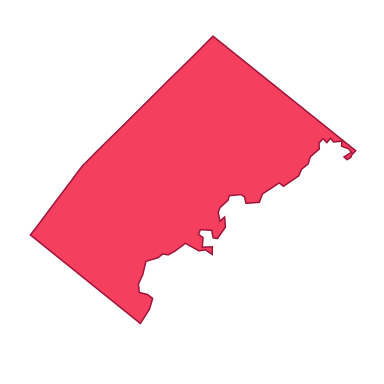 outline of Choctaw, Alabama, United States of America, rotated 39°
{"feature_id": "52423323B57218396029551", "entity_name": "Choctaw", "entity_type": "district", "adm_level": 2, "iso_a3": "USA", "parent_name": "United States of America", "parent_adm1": "Alabama", "projection": "orthographic", "projection_center": [-88.16, 32.004], "detail": "fine", "context": "isolated", "style": "filled", "palette": "rose", "viewbox_px": 384, "rotation_deg": 39, "n_neighbors": 0, "source": "geoboundaries", "source_scale": "gbopen_adm2", "svg_char_len": 1049}
<svg xmlns="http://www.w3.org/2000/svg" viewBox="0 0 384 384"><g transform="rotate(39 192 192)"><path d="M93.4,327.1L234.6,326.7L232.7,309.8L228.4,299.5L222.0,299.6L214.2,303.2L208.3,297.2L205.7,287.1L199.9,274.9L207.0,264.3L208.3,258.6L213.1,255.8L215.9,248.9L219.2,236.0L234.4,233.4L238.8,228.5L247.0,227.8L242.3,221.8L234.7,228.4L229.3,220.5L223.7,220.8L222.2,216.0L231.4,209.4L237.3,214.3L241.1,212.2L240.1,198.3L233.1,190.9L232.0,197.1L225.1,191.2L223.6,186.6L225.2,175.8L223.3,171.4L231.7,163.2L235.8,162.7L241.1,166.8L250.8,157.7L248.0,149.1L254.1,130.0L259.5,130.0L264.8,112.2L262.8,105.4L264.6,97.2L261.8,90.3L263.9,78.5L259.9,74.1L260.3,68.1L265.8,68.8L265.8,63.1L270.6,64.0L276.5,58.1L279.4,62.3L286.7,59.8L291.0,60.8L288.1,69.1L292.2,69.3L293.6,64.8L292.8,62.8L293.2,56.9L110.2,57.7L107.6,83.5L106.5,93.4L103.7,117.6L103.6,117.9L102.0,133.4L98.0,170.4L97.4,176.0L97.4,176.3L92.1,223.3L92.1,224.6L90.4,240.7L90.6,248.9L91.1,259.4L91.1,259.6L92.0,286.2L93.2,316.4L93.4,327.1Z" fill="#f43f5e" stroke="#9f1239" stroke-width="1.5"/></g></svg>